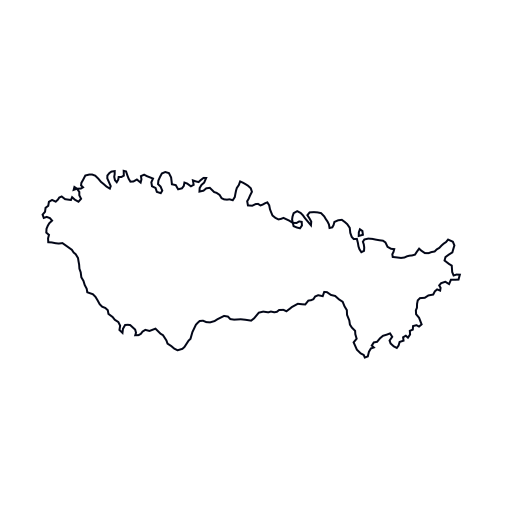 outline of Rio Negro, Paraná, Brazil, rotated 159°
{"feature_id": "56859067B64228633599215", "entity_name": "Rio Negro", "entity_type": "district", "adm_level": 2, "iso_a3": "BRA", "parent_name": "Brazil", "parent_adm1": "Paraná", "projection": "orthographic", "projection_center": [-49.709, -26.09], "detail": "fine", "context": "isolated", "style": "outline", "palette": "ink", "viewbox_px": 512, "rotation_deg": 159, "n_neighbors": 0, "source": "geoboundaries", "source_scale": "gbopen_adm2", "svg_char_len": 5258}
<svg xmlns="http://www.w3.org/2000/svg" viewBox="0 0 512 512"><g transform="rotate(159 256 256)"><path d="M190.8,122.2L187.6,122.2L184.9,126.1L181.9,128.5L178.8,128.4L180.0,130.9L177.0,133.1L173.7,132.5L169.8,134.7L166.1,136.0L161.9,135.7L158.6,135.7L157.8,131.7L161.6,129.2L161.7,126.1L159.8,122.3L157.5,119.7L155.0,121.3L152.7,124.3L148.6,124.1L147.8,127.4L144.7,127.9L143.4,125.3L140.3,127.5L139.2,131.0L136.0,131.1L134.5,134.3L131.0,133.9L129.1,131.7L125.9,132.8L125.9,136.8L125.9,139.9L127.4,144.3L126.2,148.0L124.3,150.0L122.8,153.6L120.9,156.6L118.0,157.9L113.4,156.5L109.2,157.4L104.4,156.5L101.7,158.9L98.9,159.9L96.5,157.7L95.1,160.1L95.5,162.9L92.9,164.3L88.5,164.1L85.8,160.6L82.5,164.0L78.7,162.5L75.4,161.4L72.4,165.5L75.4,166.8L78.5,167.0L78.6,170.7L77.7,173.6L76.7,176.9L78.6,179.3L81.6,184.2L79.5,187.1L75.5,188.2L71.4,189.0L69.3,191.8L67.0,194.8L67.1,198.8L70.8,202.5L73.6,200.9L76.3,200.3L79.0,199.3L81.9,197.9L84.9,197.4L87.6,196.2L90.9,196.8L93.8,196.8L97.3,198.2L99.8,201.8L101.1,204.4L104.2,202.4L107.1,200.3L110.2,200.6L112.6,201.3L115.1,201.6L117.9,201.4L121.3,202.2L125.4,204.4L128.7,206.1L128.1,208.8L126.2,210.5L124.5,212.9L127.3,214.3L129.9,217.4L130.3,222.3L132.0,224.8L135.0,226.4L138.2,228.3L141.3,230.3L144.9,232.0L148.9,232.6L151.1,231.0L151.2,228.3L151.9,225.2L153.3,222.1L156.3,221.8L157.0,225.2L156.9,228.2L156.2,231.6L155.7,235.8L158.7,236.8L159.8,239.5L159.7,243.8L158.4,248.7L159.4,253.0L160.8,255.7L162.9,259.0L166.5,259.9L170.6,259.7L172.5,257.1L174.5,255.4L177.3,255.8L176.6,259.3L176.9,262.6L177.6,265.4L178.1,268.5L179.9,272.7L183.0,274.7L186.2,276.2L190.3,277.5L193.4,275.7L192.6,271.9L192.1,268.3L193.7,265.0L195.5,270.2L196.8,274.0L197.6,277.2L198.9,280.2L201.5,283.1L205.5,282.5L207.8,279.7L209.2,277.2L209.8,273.7L212.3,277.1L214.4,279.3L216.7,281.7L219.3,281.7L221.9,282.1L224.2,284.6L226.1,287.9L226.2,291.1L226.2,294.6L225.5,298.6L226.2,302.0L228.6,302.0L231.3,301.6L233.7,301.6L235.4,303.9L237.7,304.6L241.5,304.3L245.4,306.1L244.6,310.3L242.4,312.0L240.0,314.5L236.8,317.4L236.6,321.1L238.3,324.5L240.1,326.9L241.9,329.1L244.1,331.3L246.6,328.4L249.5,326.4L251.2,324.2L252.8,321.7L254.7,318.6L257.7,316.4L260.4,318.4L262.9,319.0L265.5,320.3L267.4,322.3L268.1,326.1L270.2,329.1L272.2,330.7L273.3,333.2L274.7,336.2L278.2,337.0L281.6,335.8L285.7,336.4L284.2,339.7L281.4,341.9L278.1,343.1L274.6,346.7L277.0,347.7L280.4,346.7L283.1,345.6L285.3,347.1L287.8,349.2L288.7,344.8L291.8,344.4L294.3,348.3L296.5,350.2L298.3,347.3L300.9,345.7L304.8,346.2L305.5,350.9L308.8,353.1L308.0,356.1L307.1,359.8L307.6,364.6L310.6,366.9L314.3,366.8L317.2,364.3L320.1,361.4L321.7,358.2L320.2,355.0L320.1,350.6L322.4,348.8L325.6,351.4L325.4,355.5L328.1,358.4L327.3,362.3L324.4,365.2L327.0,367.6L329.2,369.6L331.3,372.0L334.8,371.8L335.5,368.6L337.4,365.9L339.8,370.1L343.7,369.5L346.6,370.4L347.2,373.8L347.2,377.4L347.0,381.5L349.0,382.9L350.6,378.4L353.3,378.0L355.9,379.0L357.2,376.7L359.6,374.8L360.5,377.3L360.0,380.7L358.6,383.1L357.5,385.9L360.7,386.6L363.1,386.0L365.9,384.4L367.0,381.8L366.8,377.3L366.6,373.3L368.3,371.3L370.7,374.4L372.4,377.7L374.2,380.8L375.5,384.7L377.3,388.6L379.8,390.8L382.5,391.8L386.5,392.3L390.2,389.0L392.8,386.9L394.0,384.6L392.9,382.1L395.4,381.7L399.0,383.0L398.0,379.1L399.2,376.0L398.8,372.1L402.3,370.3L404.9,373.4L406.6,376.8L408.7,374.6L411.6,376.2L413.9,377.5L416.1,381.2L418.7,381.1L420.8,379.6L423.5,378.5L426.3,381.4L429.9,380.8L432.0,377.3L435.2,376.4L437.1,372.9L440.4,371.1L440.5,367.6L437.4,367.5L434.8,365.2L433.7,362.1L437.2,360.7L439.5,358.9L441.8,356.5L443.4,353.0L441.7,349.9L443.8,347.0L445.0,343.3L441.9,341.9L438.6,339.8L435.7,338.3L432.1,337.4L429.0,332.8L425.7,327.8L425.0,324.6L423.7,322.3L422.9,317.9L423.6,314.6L424.2,311.4L425.4,307.4L425.5,303.6L426.7,298.7L426.0,294.6L426.3,290.3L425.8,286.1L426.5,282.6L424.4,280.8L422.0,278.8L420.5,275.4L419.8,271.5L419.2,267.0L417.8,263.8L415.3,261.5L413.8,258.5L414.5,254.8L411.7,250.4L410.7,247.1L408.2,243.7L407.8,239.6L410.0,235.9L408.2,232.1L406.3,235.7L402.9,238.5L400.3,237.7L398.2,236.6L395.2,230.6L395.5,227.4L397.1,225.3L394.0,224.2L391.4,224.6L389.0,226.1L385.8,226.7L382.3,224.2L379.6,224.2L375.9,224.2L373.0,217.7L371.2,215.4L369.9,209.2L370.0,205.9L367.4,202.3L365.5,198.8L363.0,196.1L358.0,195.7L355.4,196.7L349.2,201.2L346.9,202.1L342.6,207.8L336.7,213.4L334.2,214.6L331.9,215.5L328.7,214.6L326.1,212.1L322.7,210.5L318.0,210.1L314.6,210.8L307.3,211.5L303.9,209.5L302.6,206.3L299.2,204.4L292.9,202.4L288.8,200.3L283.7,197.4L280.1,198.5L273.7,202.1L269.2,201.5L264.7,199.0L262.0,198.8L259.1,196.9L256.5,196.4L253.8,197.3L249.7,195.9L247.4,193.5L243.2,194.7L240.8,195.5L234.1,196.4L230.0,194.3L227.4,193.1L223.1,195.6L220.4,195.0L217.9,195.1L215.3,197.0L212.0,197.1L208.1,194.6L205.2,198.0L202.7,196.8L200.0,192.8L196.4,190.3L194.1,185.8L191.5,182.2L191.4,177.3L190.6,172.9L192.1,168.4L192.0,162.4L192.9,158.3L192.2,154.9L190.3,150.6L191.3,147.4L191.7,142.7L195.8,140.4L195.4,132.4L193.2,127.6L190.9,125.0L190.8,122.2ZM209.8,273.7L206.3,272.3L203.3,272.8L201.1,271.5L202.2,268.0L205.0,266.1L207.7,268.0L210.2,270.4L209.8,273.7ZM151.5,241.3L152.9,237.9L148.6,237.5L147.7,241.2L149.4,243.7L151.5,241.3ZM399.0,383.0L400.8,385.5L402.5,383.1L399.0,383.0Z" fill="none" stroke="#020617" stroke-width="2"/></g></svg>